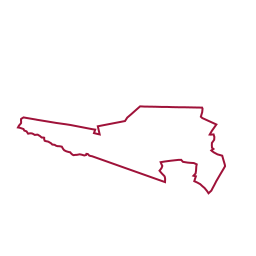 outline of Nakuru Town West, Rift Valley, Kenya, rotated 109°
{"feature_id": "3690345B66504215806483", "entity_name": "Nakuru Town West", "entity_type": "district", "adm_level": 2, "iso_a3": "KEN", "parent_name": "Kenya", "parent_adm1": "Rift Valley", "projection": "mercator", "projection_center": [36.068, -0.37], "detail": "fine", "context": "isolated", "style": "outline", "palette": "rose", "viewbox_px": 256, "rotation_deg": 109, "n_neighbors": 0, "source": "geoboundaries", "source_scale": "gbopen_adm2", "svg_char_len": 2065}
<svg xmlns="http://www.w3.org/2000/svg" viewBox="0 0 256 256"><g transform="rotate(109 128 128)"><path d="M132.6,23.8L131.9,24.1L130.9,24.7L126.4,27.9L123.5,29.9L123.6,31.8L123.8,34.8L123.1,39.0L122.4,41.2L122.1,41.9L120.0,40.4L119.3,42.2L118.2,42.6L117.4,43.0L114.8,43.8L111.1,42.7L108.4,43.4L106.2,45.0L107.4,47.7L107.6,48.6L103.5,47.8L95.9,45.6L94.4,61.0L93.6,62.8L88.9,63.0L85.5,63.8L84.6,64.6L86.1,69.2L88.1,75.4L90.1,81.6L91.9,86.9L93.9,93.1L95.2,97.4L97.2,103.3L99.1,109.4L101.2,115.8L102.3,119.1L102.9,121.2L103.6,123.6L107.8,126.0L114.2,129.6L118.4,132.1L122.4,133.1L136.2,157.1L143.3,152.7L143.6,155.3L143.9,158.5L140.2,158.5L140.7,161.1L141.3,165.2L143.9,183.5L144.7,187.9L146.6,197.6L148.2,207.1L149.9,217.0L150.0,217.9L151.6,227.6L152.0,230.2L154.2,232.0L155.3,231.8L156.6,231.2L158.2,230.7L159.1,231.0L161.3,231.9L163.3,232.2L163.1,231.1L163.0,230.1L163.0,228.0L163.0,227.2L163.0,226.5L164.2,225.2L164.2,222.9L165.3,221.4L165.9,220.6L164.9,218.9L164.4,217.1L164.5,215.8L164.9,213.9L164.0,212.0L163.7,211.2L164.3,208.5L164.7,207.6L165.1,206.3L164.6,205.1L164.5,204.1L165.9,203.6L167.2,202.6L167.2,201.6L166.9,199.3L166.9,198.6L167.1,197.9L167.4,196.1L167.8,195.2L168.3,194.2L167.8,191.9L168.2,190.2L168.1,188.5L167.5,186.7L167.2,184.5L168.8,182.7L169.8,181.1L170.1,179.0L170.1,177.8L170.0,176.3L169.8,174.6L170.4,173.9L171.3,171.8L171.4,170.6L170.4,168.7L170.2,168.0L169.8,167.2L168.6,165.1L168.3,162.9L168.2,160.4L167.2,158.9L166.0,158.9L165.7,157.6L166.7,155.6L166.6,154.0L166.4,152.9L167.1,75.4L164.1,76.3L162.4,77.2L161.8,77.7L161.3,78.5L160.2,80.8L159.8,81.5L159.3,82.4L158.1,84.3L156.2,83.6L155.4,83.4L154.7,83.2L152.7,83.2L151.2,84.7L150.5,85.3L149.7,86.0L147.7,82.3L145.3,77.5L141.8,70.1L140.8,67.4L142.1,65.0L141.3,60.4L140.6,57.6L139.7,54.3L140.0,51.2L142.2,50.9L146.1,49.8L149.0,49.3L151.8,50.5L151.6,48.1L154.2,48.1L156.7,48.0L157.0,44.8L157.6,41.4L158.8,38.7L159.8,36.1L161.9,32.7L163.5,30.6L160.1,28.8L157.3,28.4L153.7,27.8L149.4,27.2L148.5,27.0L142.4,25.8L135.7,24.4L132.6,23.8Z" fill="none" stroke="#9f1239" stroke-width="2"/></g></svg>